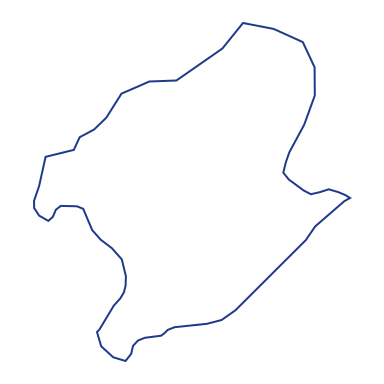 an SVG outline of Karuzi
{"feature_id": "BDI-2633", "entity_name": "Karuzi", "entity_type": "Province", "adm_level": 1, "iso_a3": "BDI", "parent_name": "Burundi", "parent_adm1": "", "projection": "mercator", "projection_center": [30.088, -3.137], "detail": "fine", "context": "isolated", "style": "outline", "palette": "blue", "viewbox_px": 384, "rotation_deg": 0, "n_neighbors": 0, "source": "natural_earth", "source_scale": "10m", "svg_char_len": 880}
<svg xmlns="http://www.w3.org/2000/svg" viewBox="0 0 384 384"><path d="M45.6,156.8L73.8,149.9L79.7,137.2L94.1,129.5L106.3,117.7L121.5,93.6L149.4,81.5L176.4,80.5L222.4,48.5L243.0,23.0L273.6,28.9L302.8,42.1L314.6,67.3L314.8,95.5L304.2,124.7L289.4,152.2L285.8,162.4L283.3,172.7L288.9,179.6L303.7,190.5L310.9,194.2L319.7,192.2L328.7,189.3L338.3,192.1L345.2,195.0L350.0,198.0L344.4,201.1L315.2,226.4L305.9,240.0L235.4,310.3L221.6,320.0L207.0,323.8L174.6,327.2L167.7,329.9L164.6,333.1L161.1,335.7L144.8,337.8L137.9,340.6L133.0,345.9L131.2,353.8L125.5,361.0L113.1,357.2L101.2,346.3L97.0,332.1L99.3,329.7L113.9,305.5L120.3,298.4L123.9,292.4L125.6,285.6L125.9,276.2L121.8,259.4L112.0,248.3L100.7,239.7L92.2,230.1L83.2,208.8L76.9,206.3L60.8,205.9L55.9,209.7L52.9,216.8L48.3,220.9L39.1,215.6L34.2,208.2L34.0,201.0L39.1,186.1L45.6,156.8Z" fill="none" stroke="#1e3a8a" stroke-width="2"/></svg>